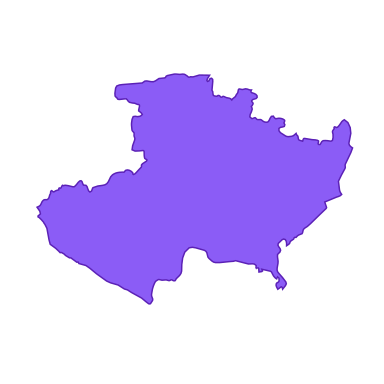 the State of Michoacán, rotated 11°
{"feature_id": "MEX-2720", "entity_name": "Michoacán", "entity_type": "State", "adm_level": 1, "iso_a3": "MEX", "parent_name": "Mexico", "parent_adm1": "", "projection": "robinson", "projection_center": [-101.77, 19.16], "detail": "fine", "context": "isolated", "style": "filled", "palette": "violet", "viewbox_px": 384, "rotation_deg": 11, "n_neighbors": 0, "source": "natural_earth", "source_scale": "10m", "svg_char_len": 5998}
<svg xmlns="http://www.w3.org/2000/svg" viewBox="0 0 384 384"><g transform="rotate(11 192 192)"><path d="M172.6,309.5L172.0,309.9L170.8,310.0L167.6,308.4L162.7,305.7L151.8,302.2L147.3,300.4L144.1,300.1L137.2,297.4L129.4,296.7L125.2,295.7L113.9,290.5L106.2,286.3L101.9,284.4L94.6,283.8L93.6,282.5L92.3,282.9L85.7,279.8L84.2,280.0L79.9,278.4L78.5,277.4L75.6,276.3L74.1,276.7L72.6,275.6L69.0,273.3L62.8,270.4L60.8,266.3L56.5,255.3L53.6,251.6L52.9,251.1L52.1,250.0L49.4,247.9L46.8,246.2L45.7,245.9L45.4,245.0L47.4,242.4L46.3,239.9L42.8,236.5L44.8,235.0L45.6,234.0L46.1,232.5L46.7,230.1L47.3,229.0L48.0,228.1L49.2,227.5L50.4,227.4L51.4,227.0L52.3,225.9L52.7,224.7L52.9,222.1L53.4,220.5L53.2,218.7L53.3,218.2L53.6,217.7L54.0,217.4L55.7,218.3L56.4,218.2L58.1,216.7L60.8,215.2L60.6,213.9L60.8,213.5L61.1,213.3L62.2,213.3L62.6,213.0L62.9,211.9L63.2,210.8L63.6,210.1L64.7,210.3L65.8,209.7L66.9,209.5L69.3,209.4L74.2,209.6L75.4,209.3L76.2,208.3L77.1,206.9L78.5,204.2L79.7,202.6L80.9,202.1L82.0,202.7L83.0,204.4L84.1,205.9L86.7,205.7L88.0,206.8L89.0,208.6L90.3,210.6L91.8,211.5L93.2,210.2L93.7,207.2L94.0,206.6L98.4,204.1L102.8,202.6L105.1,201.6L106.8,200.1L107.9,197.9L109.3,192.6L110.7,190.3L112.1,189.0L113.7,187.9L115.4,187.1L117.1,186.5L120.2,185.7L121.3,185.6L121.7,185.2L122.5,183.7L123.0,183.2L124.7,182.6L126.6,182.7L128.4,183.3L130.0,184.3L130.3,184.8L130.7,185.8L131.2,186.0L132.4,185.2L133.6,183.5L135.6,180.2L137.4,177.4L137.6,176.8L137.3,175.5L137.3,174.9L138.1,173.6L141.4,170.4L141.7,169.2L141.1,168.7L140.1,168.5L139.2,168.0L138.6,166.8L138.1,165.2L137.3,161.5L137.0,161.0L136.6,160.7L136.0,160.6L132.5,161.7L128.3,162.7L125.1,162.0L124.9,157.9L125.8,151.9L125.7,150.3L124.4,148.0L124.1,146.1L123.8,145.0L123.4,144.6L122.1,143.7L121.4,142.9L121.0,141.8L119.8,137.7L119.5,135.9L119.3,132.1L119.9,129.2L121.8,128.5L124.3,128.4L126.6,127.5L127.6,126.6L128.4,125.4L127.5,124.4L126.5,123.7L124.2,122.6L124.0,121.8L124.1,117.7L123.8,116.8L123.4,116.5L123.0,116.3L121.6,116.4L118.8,115.8L116.6,116.0L113.5,115.9L112.0,115.0L110.9,113.9L109.7,113.1L107.9,113.5L103.5,114.9L102.4,115.1L101.3,115.0L100.3,113.9L99.6,113.6L98.2,112.5L97.5,109.8L97.2,104.5L97.9,102.3L100.3,100.8L103.2,99.8L122.3,94.5L124.6,92.1L126.5,91.6L130.8,91.5L133.1,91.1L134.9,89.9L137.9,86.9L143.2,85.3L144.1,84.7L144.5,83.3L145.6,82.4L151.9,79.7L153.6,79.3L157.5,78.9L160.5,78.0L162.1,77.9L162.9,78.1L165.1,79.0L166.6,79.9L167.5,79.8L168.7,79.1L170.2,79.0L171.5,78.6L176.9,75.8L187.0,74.0L185.6,77.6L185.3,79.6L186.1,80.5L187.3,79.8L188.1,77.2L189.5,76.6L190.8,77.5L191.3,79.6L192.2,88.3L193.2,89.5L193.9,91.8L194.4,92.9L195.4,93.4L197.4,93.4L198.2,93.2L199.1,92.3L199.9,92.1L200.7,92.3L202.4,93.4L203.2,93.2L204.0,92.3L204.7,92.1L207.8,92.8L210.7,92.8L212.2,93.1L213.5,94.1L214.1,92.8L216.4,90.0L217.0,87.8L217.7,86.5L218.0,85.6L218.0,82.8L218.3,82.1L218.9,81.8L221.6,81.8L222.4,81.6L224.8,80.5L226.5,80.4L229.4,80.8L230.9,80.5L230.6,81.7L230.9,82.6L231.5,83.1L234.1,83.4L235.9,83.9L237.4,85.0L237.9,86.6L237.1,88.0L234.1,89.6L233.2,90.9L233.4,91.8L234.5,92.6L235.0,93.3L235.1,93.9L234.6,95.6L233.9,96.7L234.9,98.1L235.3,99.3L235.0,102.0L234.3,104.8L234.4,107.2L236.6,108.5L237.5,108.3L239.0,107.3L239.8,107.0L240.3,107.2L241.6,108.2L242.2,108.4L243.3,108.3L245.4,107.8L246.4,108.0L247.9,108.8L249.6,109.4L251.4,109.4L253.0,108.9L254.0,107.2L254.6,104.7L255.5,102.6L257.4,102.0L258.3,103.0L259.2,103.7L260.2,104.1L263.2,103.0L265.2,102.8L267.2,103.0L269.0,103.7L269.4,104.3L269.4,105.1L269.1,106.7L270.3,108.2L270.1,110.0L268.5,110.9L266.6,111.6L265.2,113.0L265.7,115.3L267.5,116.9L273.3,119.2L274.6,119.4L276.0,119.3L279.2,118.3L280.6,117.5L281.7,116.3L283.0,114.6L283.6,115.7L285.3,117.0L286.5,120.0L287.5,120.7L290.9,121.0L291.1,119.1L291.5,118.2L292.3,117.9L299.8,117.7L303.2,117.3L305.1,117.3L306.4,117.7L306.7,118.8L306.5,119.8L306.6,120.7L307.5,121.2L308.7,120.9L309.8,117.8L310.9,116.6L312.8,116.1L314.8,115.8L318.7,115.6L320.0,114.6L320.1,111.7L319.4,108.4L318.4,106.2L318.4,105.2L318.8,104.2L319.5,102.7L319.2,102.0L319.1,101.5L319.4,100.9L319.9,100.8L321.7,101.1L322.5,100.6L323.3,99.4L324.0,98.1L325.6,94.4L326.4,93.3L327.7,92.0L331.8,94.1L335.0,98.6L336.7,104.1L336.7,114.3L337.6,116.0L339.2,117.2L341.2,118.1L340.4,123.0L337.2,135.4L337.2,136.5L337.8,138.7L337.7,139.7L335.4,147.0L333.7,153.5L336.3,161.5L337.0,163.1L338.0,164.4L339.4,165.8L338.3,167.3L336.4,168.6L334.9,169.4L324.2,176.5L326.6,180.7L327.1,181.7L326.8,182.6L321.3,190.4L314.4,200.4L311.8,203.8L309.8,205.7L308.9,206.8L308.4,208.0L308.3,210.8L308.0,211.9L304.9,213.9L303.9,214.9L302.8,216.7L301.5,216.9L301.0,217.5L300.7,218.9L298.5,221.1L297.9,222.0L297.6,223.9L296.8,225.0L295.1,226.7L294.7,224.5L293.9,222.4L292.7,220.9L290.9,220.7L289.6,221.6L286.5,226.0L286.5,227.8L287.7,229.3L289.3,230.8L290.1,232.3L289.7,234.4L288.7,235.7L287.9,237.1L288.3,239.4L289.7,243.5L290.0,245.6L290.1,250.3L290.4,252.3L291.2,253.9L292.9,255.4L297.2,258.7L301.3,262.4L302.1,264.1L301.6,266.1L299.5,270.1L298.8,268.5L297.9,268.0L297.6,268.1L294.8,271.1L293.1,269.0L292.4,267.7L292.2,266.2L292.7,265.0L293.6,264.3L294.3,263.4L294.4,262.5L293.9,260.2L293.6,259.8L292.2,259.1L292.2,259.5L291.6,260.8L291.6,261.1L290.5,260.7L289.2,259.8L288.0,258.8L285.2,255.3L284.1,254.8L275.3,254.5L276.3,256.0L275.7,256.8L273.0,257.8L272.4,255.5L272.1,254.4L271.6,253.9L269.7,254.3L269.6,254.5L269.2,253.9L269.1,252.4L269.0,251.9L267.1,250.9L265.3,250.9L261.1,251.9L247.9,251.1L245.9,252.1L241.6,253.3L233.0,255.9L228.5,256.8L226.6,256.7L224.8,256.0L221.4,254.0L220.1,252.9L218.1,248.7L217.0,247.6L215.8,247.0L214.5,246.8L206.4,246.1L202.9,246.2L199.9,247.3L196.4,252.4L195.4,258.5L195.8,265.1L196.9,271.6L196.7,274.0L195.8,276.2L193.1,280.1L192.6,281.7L192.3,282.3L191.4,282.6L190.5,282.6L189.0,282.1L188.2,282.2L187.0,283.2L185.9,283.4L183.4,283.2L179.4,284.3L176.4,284.2L175.6,284.4L174.1,285.8L173.4,286.6L173.0,287.4L172.5,289.2L172.0,291.8L171.7,294.6L171.8,300.1L172.2,301.8L173.9,304.6L174.0,306.0L172.6,309.5Z" fill="#8b5cf6" stroke="#5b21b6" stroke-width="1.5"/></g></svg>